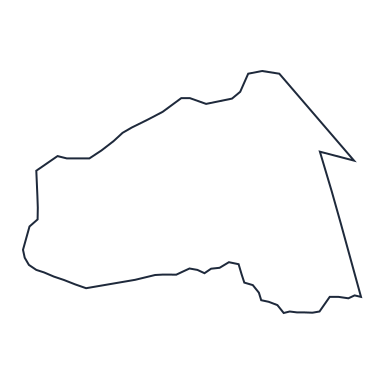 outline of Cacimbas, Paraíba, Brazil
{"feature_id": "56859067B37855535348821", "entity_name": "Cacimbas", "entity_type": "district", "adm_level": 2, "iso_a3": "BRA", "parent_name": "Brazil", "parent_adm1": "Paraíba", "projection": "robinson", "projection_center": [-37.096, -7.206], "detail": "fine", "context": "isolated", "style": "outline", "palette": "slate", "viewbox_px": 384, "rotation_deg": 0, "n_neighbors": 0, "source": "geoboundaries", "source_scale": "gbopen_adm2", "svg_char_len": 918}
<svg xmlns="http://www.w3.org/2000/svg" viewBox="0 0 384 384"><path d="M23.0,249.8L24.7,257.7L28.9,264.9L36.3,269.9L44.0,272.4L53.9,276.6L64.0,280.0L75.2,284.4L86.1,288.2L135.2,279.8L155.1,275.0L162.7,274.6L170.0,274.6L176.2,274.7L182.8,271.6L189.5,268.5L197.4,269.9L204.5,273.2L211.1,268.7L219.6,267.8L228.9,262.2L238.6,264.2L241.6,274.3L244.3,282.6L252.8,285.1L258.9,292.7L261.2,300.2L268.7,301.8L277.4,305.1L283.7,313.0L289.7,311.5L297.0,312.4L304.0,312.4L312.5,312.7L319.5,311.5L323.9,305.2L329.7,296.9L338.7,296.9L348.4,298.3L354.6,295.4L361.0,296.9L340.7,223.1L331.8,191.6L319.9,151.7L354.0,160.6L279.3,73.7L262.1,71.0L248.2,73.7L240.2,91.8L232.0,98.6L206.1,103.9L189.8,98.1L181.3,98.1L162.7,111.8L147.8,119.6L131.8,127.5L122.6,132.8L113.7,141.0L101.4,150.5L89.4,158.4L66.8,158.4L57.5,156.1L36.3,170.7L37.4,196.1L37.8,207.7L37.6,219.4L29.5,226.5L23.0,249.8Z" fill="none" stroke="#1e293b" stroke-width="2"/></svg>